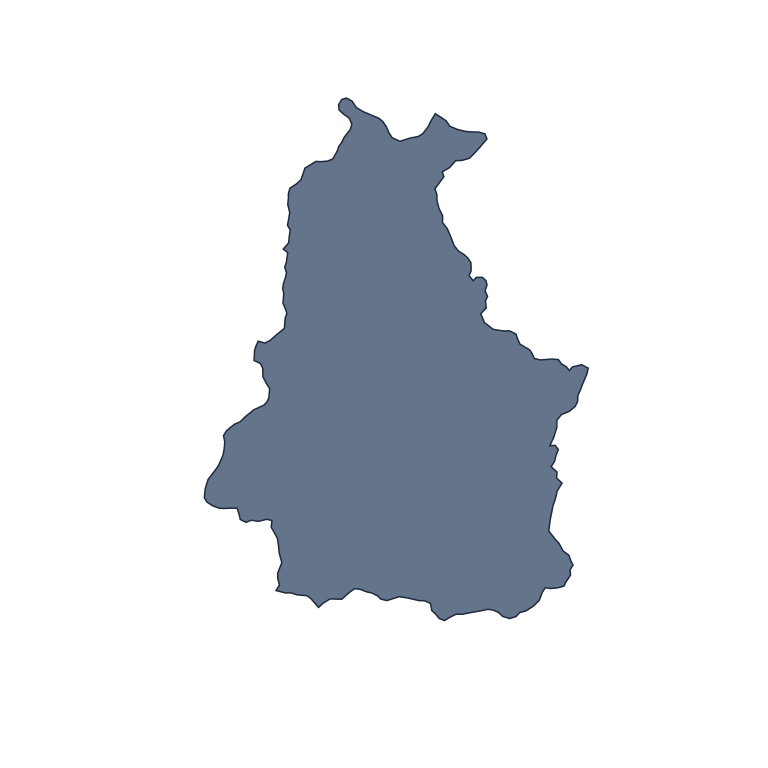 Hidrolina, Goiás, Brazil, rotated 240°
{"feature_id": "56859067B15910924353869", "entity_name": "Hidrolina", "entity_type": "district", "adm_level": 2, "iso_a3": "BRA", "parent_name": "Brazil", "parent_adm1": "Goiás", "projection": "robinson", "projection_center": [-49.351, -14.737], "detail": "fine", "context": "isolated", "style": "filled", "palette": "slate", "viewbox_px": 768, "rotation_deg": 240, "n_neighbors": 0, "source": "geoboundaries", "source_scale": "gbopen_adm2", "svg_char_len": 3267}
<svg xmlns="http://www.w3.org/2000/svg" viewBox="0 0 768 768"><g transform="rotate(240 384 384)"><path d="M610.8,436.4L610.5,423.5L602.4,414.2L601.1,408.5L600.6,400.4L596.7,396.4L592.4,393.9L587.6,390.4L579.6,388.1L574.3,383.7L569.8,379.8L564.4,379.8L559.1,375.7L553.9,372.0L551.2,364.2L546.0,366.3L538.4,360.5L534.8,356.4L528.9,355.1L525.6,352.0L521.3,347.2L517.3,343.9L512.4,342.4L504.5,336.9L497.7,336.1L493.6,335.1L490.3,331.2L482.0,325.6L480.3,315.1L478.7,307.2L479.0,301.3L484.0,296.5L480.8,292.0L477.5,288.5L469.2,283.2L463.7,287.2L458.3,286.9L450.7,282.7L443.5,282.4L437.3,282.7L430.1,277.8L427.2,274.1L425.7,269.4L426.8,258.5L425.0,247.5L423.2,240.6L423.9,234.5L423.1,228.6L422.1,223.9L419.5,219.2L413.4,217.1L407.5,213.0L402.5,208.6L399.0,203.8L395.8,199.4L391.6,189.6L389.4,184.1L382.6,176.7L375.3,171.5L370.3,171.6L364.2,174.7L359.2,178.8L356.5,182.7L352.4,190.5L349.8,194.7L344.6,193.6L338.5,191.8L333.2,195.3L332.3,201.1L328.0,206.2L325.4,214.9L321.8,218.7L316.4,214.7L310.4,214.7L303.6,214.5L296.5,211.7L290.2,208.8L280.4,206.2L273.3,197.3L268.8,194.8L262.2,192.9L259.1,187.2L252.3,194.2L249.5,199.1L245.0,203.1L239.2,211.4L234.6,213.4L223.2,215.6L224.6,221.8L224.8,229.9L218.7,239.8L221.0,250.8L221.3,256.4L218.4,260.4L212.7,265.0L208.9,269.1L203.9,272.4L199.3,273.7L195.0,278.2L193.8,283.7L192.1,291.0L187.0,297.3L178.8,306.1L176.1,310.6L170.7,314.5L163.8,312.1L159.0,313.7L153.5,314.5L148.9,318.1L149.0,324.7L148.6,331.2L145.3,337.1L142.6,345.0L139.4,353.8L137.0,361.1L133.7,365.5L128.9,368.9L123.5,370.5L118.0,375.6L116.6,382.1L118.2,387.2L116.5,393.7L116.9,402.2L119.0,410.3L124.5,417.0L126.9,422.0L123.7,425.8L120.6,432.6L119.0,438.7L121.7,442.8L125.1,449.9L130.1,452.2L132.6,457.1L137.4,457.4L143.3,458.5L149.9,455.6L159.0,455.9L163.1,454.8L174.3,453.2L183.6,460.3L188.8,464.9L194.1,469.4L198.4,474.6L204.8,480.6L209.1,488.6L216.4,486.5L221.2,489.8L228.9,487.4L231.5,492.8L236.0,497.1L240.1,502.2L245.3,501.6L247.6,496.7L252.4,503.7L260.1,512.1L266.0,515.4L268.8,522.2L267.7,531.0L269.0,538.4L271.9,542.8L277.2,546.3L280.6,551.1L284.1,555.3L291.1,564.6L295.6,568.8L301.8,564.9L304.6,555.8L303.0,551.3L308.1,550.4L312.5,547.8L318.0,547.2L321.6,542.0L323.9,537.3L326.4,531.8L330.9,527.0L336.4,527.5L340.7,527.2L350.6,521.7L355.8,522.2L361.3,523.3L367.4,519.2L369.6,514.9L372.7,510.8L376.9,505.8L382.7,503.5L386.8,501.7L396.5,502.9L398.6,510.5L405.2,513.4L408.1,517.5L414.1,518.1L418.2,522.7L422.5,524.0L427.2,522.5L430.2,517.3L428.8,512.9L435.3,511.9L438.4,516.0L445.5,519.9L451.2,519.6L455.8,518.1L461.9,515.0L468.9,513.9L476.5,515.2L486.8,516.5L494.5,515.4L500.4,518.9L508.4,519.4L516.3,521.5L521.8,524.6L527.5,525.6L533.6,539.5L538.6,540.5L538.6,549.0L541.6,557.7L538.7,563.1L536.8,570.7L538.4,576.9L541.3,586.0L544.8,595.7L550.2,596.5L554.8,592.0L558.9,585.3L562.1,580.8L567.8,574.8L574.3,569.9L581.0,569.4L592.4,563.6L588.8,556.9L584.9,551.1L581.4,542.8L581.2,537.5L583.9,529.7L586.2,519.2L593.2,514.2L598.7,513.9L605.8,514.7L612.1,514.2L616.7,512.4L630.2,502.2L637.2,498.3L645.0,497.8L650.5,494.4L651.5,489.6L648.6,484.3L643.8,482.1L638.1,483.8L631.6,486.8L625.0,486.0L621.3,482.1L617.6,473.0L614.4,468.1L612.4,463.7L608.8,459.5L604.5,452.2L605.3,446.5L608.1,440.5L610.8,436.4Z" fill="#64748b" stroke="#1e293b" stroke-width="1.5"/></g></svg>